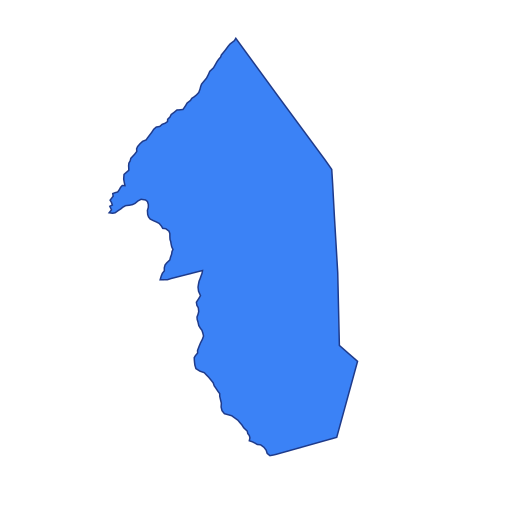 Ipupiara, Bahia, Brazil, rotated 239°
{"feature_id": "56859067B89885481135396", "entity_name": "Ipupiara", "entity_type": "district", "adm_level": 2, "iso_a3": "BRA", "parent_name": "Brazil", "parent_adm1": "Bahia", "projection": "robinson", "projection_center": [-42.45, -11.837], "detail": "fine", "context": "isolated", "style": "filled", "palette": "blue", "viewbox_px": 512, "rotation_deg": 239, "n_neighbors": 0, "source": "geoboundaries", "source_scale": "gbopen_adm2", "svg_char_len": 2632}
<svg xmlns="http://www.w3.org/2000/svg" viewBox="0 0 512 512"><g transform="rotate(239 256 256)"><path d="M368.7,152.4L366.5,155.1L365.6,157.5L365.9,161.2L366.0,164.4L366.4,166.9L366.3,170.2L364.7,173.7L363.7,176.5L363.4,179.4L364.0,183.3L363.8,186.7L360.9,190.2L358.6,191.0L355.5,190.2L353.1,188.7L351.0,186.4L347.3,184.5L344.8,184.0L342.2,184.3L339.2,186.2L336.4,188.2L333.8,189.8L330.6,190.3L327.7,190.3L325.9,192.7L322.1,194.2L319.6,193.7L316.7,192.0L314.4,190.8L312.2,190.3L310.0,189.4L307.3,188.5L304.4,188.2L303.0,186.2L301.0,184.6L299.1,182.2L297.0,180.1L296.1,176.0L295.2,173.5L293.1,171.3L290.5,169.8L289.4,166.8L287.5,164.3L285.0,161.6L281.3,167.8L280.4,171.7L271.1,202.7L269.0,200.9L267.2,198.6L265.5,196.6L263.7,194.2L261.5,192.2L259.2,190.3L255.4,188.6L250.6,188.0L248.8,184.6L247.1,181.1L244.1,179.9L241.4,179.9L237.9,178.3L235.8,176.2L234.1,174.0L231.9,172.9L229.4,172.3L225.8,171.1L222.5,171.1L220.2,171.4L217.2,170.7L214.4,169.8L212.2,167.1L210.1,163.7L207.8,160.6L205.1,157.2L202.9,156.0L201.9,153.0L200.7,150.7L198.3,149.4L196.2,148.4L193.9,147.4L190.4,146.5L186.2,148.6L182.6,151.6L179.7,152.2L176.5,153.0L172.9,153.5L169.4,154.0L166.2,153.3L163.8,153.5L159.4,153.7L156.7,154.0L154.5,152.7L150.9,151.5L147.7,150.5L144.5,148.3L140.9,147.2L137.1,147.7L134.7,150.0L131.6,152.9L128.3,154.3L124.6,155.9L121.3,156.4L118.6,156.9L115.1,157.0L112.9,157.6L110.4,158.3L108.0,157.5L105.6,157.8L103.2,157.1L101.1,155.1L98.6,157.2L95.9,158.9L93.8,160.0L91.8,162.7L87.9,164.3L84.3,164.7L81.0,163.9L77.7,165.1L76.4,168.6L75.6,171.1L59.0,231.8L113.4,288.8L125.1,285.0L136.4,281.4L199.5,317.4L249.2,343.4L277.9,358.6L291.2,365.5L302.7,364.7L311.0,363.9L383.9,357.0L453.0,350.8L451.7,348.4L451.4,345.7L451.1,343.0L450.1,340.1L448.3,335.8L447.0,332.2L446.2,329.9L444.7,328.1L443.9,325.4L442.7,322.7L440.8,319.4L439.2,316.5L438.1,311.5L436.1,308.7L434.0,305.3L432.7,301.6L431.4,297.9L429.9,296.0L427.8,293.9L425.6,291.1L424.7,287.9L424.3,285.0L424.2,282.1L423.1,280.0L422.6,275.7L421.1,273.0L419.2,268.9L420.8,265.4L421.9,263.4L421.3,259.9L421.0,256.2L419.5,254.0L418.7,250.7L416.8,249.4L416.6,246.5L417.2,243.4L416.6,240.3L417.9,236.9L417.3,233.6L415.6,230.1L414.5,227.3L413.3,224.3L412.1,221.6L412.7,217.9L412.0,214.5L410.8,210.9L409.4,208.9L407.0,207.6L405.7,204.3L405.0,201.8L404.2,199.0L402.3,197.1L401.1,194.9L399.0,193.3L396.9,192.2L395.0,191.1L394.6,188.7L393.9,184.9L390.1,182.2L387.2,181.1L383.8,179.9L385.3,177.7L384.6,175.3L383.2,172.9L382.1,170.4L382.8,168.0L383.3,165.4L380.8,164.3L379.0,159.7L376.3,159.7L373.7,159.1L373.9,156.3L370.0,155.9L368.7,152.4Z" fill="#3b82f6" stroke="#1e3a8a" stroke-width="1.5"/></g></svg>